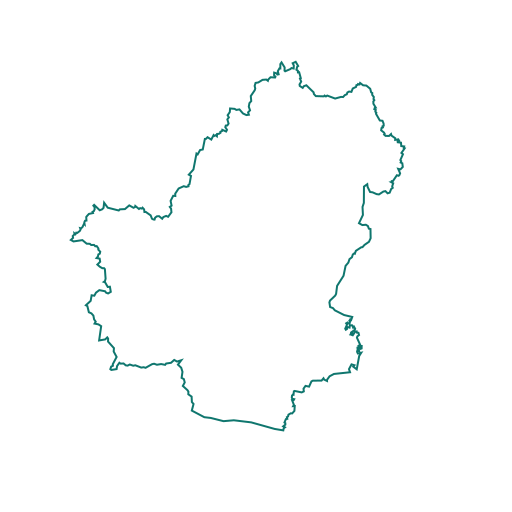 the district of Basilicata, Matera, Italy, rotated 70°
{"feature_id": "23120603B59117294159851", "entity_name": "Basilicata", "entity_type": "district", "adm_level": 2, "iso_a3": "ITA", "parent_name": "Italy", "parent_adm1": "Matera", "projection": "natural_earth1", "projection_center": [16.009, 40.517], "detail": "fine", "context": "isolated", "style": "outline", "palette": "teal", "viewbox_px": 512, "rotation_deg": 70, "n_neighbors": 0, "source": "geoboundaries", "source_scale": "gbopen_adm2", "svg_char_len": 6059}
<svg xmlns="http://www.w3.org/2000/svg" viewBox="0 0 512 512"><g transform="rotate(70 256 256)"><path d="M152.6,390.6L153.1,391.6L154.6,391.0L156.9,391.6L158.4,393.1L158.6,394.5L159.9,394.5L159.3,398.6L160.5,400.9L161.3,402.2L164.7,403.2L164.4,404.6L165.6,405.8L167.5,406.2L166.8,406.5L169.5,409.2L170.2,411.0L169.7,411.7L171.0,411.7L172.2,413.0L173.2,416.1L172.6,416.9L173.8,418.2L172.6,418.9L173.5,419.1L174.6,421.4L176.4,421.7L177.6,424.5L179.9,422.5L181.7,413.7L186.5,410.9L187.7,408.0L189.3,407.1L190.2,404.4L191.9,403.7L192.2,402.3L195.0,401.5L196.1,402.0L198.7,400.9L200.4,402.0L200.6,403.6L202.4,404.7L203.4,406.5L205.0,403.8L208.1,404.4L209.8,408.0L212.7,406.4L214.9,404.6L215.5,402.9L216.7,402.5L225.9,405.1L227.9,406.5L228.3,407.8L229.1,406.8L234.4,405.9L234.9,403.8L240.0,404.7L240.6,407.8L239.2,409.4L237.5,409.9L234.5,414.9L235.7,418.9L238.0,421.5L236.7,423.9L241.6,426.7L244.1,432.7L245.4,431.6L251.7,432.3L253.6,430.3L256.4,429.2L260.2,429.8L262.9,429.1L264.3,430.8L266.4,427.4L269.0,425.5L281.7,432.3L282.8,426.2L281.6,423.6L283.0,423.2L285.8,424.3L294.0,421.0L297.1,422.4L303.2,421.5L308.7,427.6L310.2,428.0L310.4,429.9L312.5,431.6L313.6,430.9L314.6,425.7L311.9,424.2L309.6,420.9L310.8,420.1L311.7,417.2L314.2,415.8L315.1,414.1L314.8,411.7L317.1,408.9L317.4,406.8L321.6,402.0L322.1,399.6L323.3,398.0L322.1,390.7L322.4,388.6L324.3,386.3L325.1,382.1L327.2,378.6L326.3,377.2L327.3,372.4L325.7,368.4L328.2,366.3L328.4,361.9L331.4,366.5L335.4,364.5L339.7,364.7L345.1,367.6L347.0,365.9L350.4,366.2L353.1,369.2L358.6,366.3L360.3,365.9L362.8,366.9L366.1,364.6L371.3,366.2L373.7,365.3L379.3,369.2L389.8,359.7L392.7,353.9L400.1,343.0L402.8,333.0L410.7,317.4L424.9,297.6L429.2,290.0L427.4,288.9L426.9,287.4L425.4,288.7L424.5,286.1L423.1,285.6L422.2,286.2L419.5,283.7L419.7,282.3L418.0,282.1L417.7,280.7L416.2,279.8L415.7,277.1L416.3,275.9L414.7,272.9L410.2,270.9L409.8,272.4L408.8,271.3L403.8,271.4L404.3,269.9L403.6,269.1L402.6,270.7L401.3,270.8L399.5,269.9L398.8,268.7L399.2,268.2L396.1,266.7L396.0,265.9L399.8,259.7L399.6,257.4L396.9,256.7L395.0,253.9L396.9,250.8L392.8,246.8L392.6,245.2L395.5,237.0L394.0,234.4L395.5,234.2L397.7,232.0L396.7,231.7L394.2,228.0L393.5,223.1L397.4,207.4L394.1,207.3L390.5,203.3L392.3,200.9L393.2,202.5L396.9,200.1L385.2,193.2L382.9,190.2L382.5,193.6L380.6,193.8L379.8,193.3L380.6,191.6L379.4,191.5L378.8,192.6L378.4,192.3L378.9,191.2L378.3,190.8L377.1,191.9L376.7,190.5L377.5,189.6L376.0,188.9L375.4,190.0L374.9,188.5L367.3,189.1L366.2,188.3L365.5,186.2L363.2,186.0L362.5,187.4L361.3,187.2L361.1,188.8L363.6,192.2L362.4,193.6L362.0,191.6L361.2,191.8L361.5,193.5L360.4,192.8L359.2,188.5L358.3,187.7L355.9,188.1L356.5,189.2L354.1,189.3L353.1,191.4L355.3,192.6L353.8,194.7L355.7,195.5L356.0,196.8L354.8,197.0L351.6,193.9L350.1,194.3L349.8,192.8L351.0,192.4L351.1,190.9L349.6,190.0L348.8,190.4L347.8,189.1L348.7,188.5L346.2,186.4L341.6,193.4L334.0,200.5L331.3,201.5L329.3,203.8L324.7,202.9L323.2,201.7L320.3,195.1L319.0,193.7L311.8,190.0L304.5,180.5L295.9,175.2L293.8,171.5L290.9,169.2L290.0,166.3L287.7,164.5L287.1,162.7L287.6,162.3L285.3,160.4L283.8,154.1L284.1,152.9L282.7,150.3L281.3,145.0L278.5,142.2L269.8,139.2L268.9,140.6L266.1,140.6L264.2,142.1L263.3,145.5L260.4,148.0L254.0,141.5L246.3,139.1L243.0,136.5L227.7,130.8L226.6,126.9L229.3,127.5L234.9,126.9L236.0,124.7L239.1,121.5L240.2,119.4L239.0,114.3L239.3,112.2L242.1,110.9L242.2,108.7L239.3,106.1L238.7,104.2L237.1,104.2L234.6,102.2L232.8,103.7L232.9,102.9L232.1,102.7L232.4,101.7L228.3,96.0L229.4,94.6L229.1,93.7L227.6,92.3L222.7,92.6L224.0,90.6L222.5,87.6L218.9,86.8L217.6,88.1L216.5,87.1L215.2,87.5L210.6,83.1L208.9,84.1L205.6,79.4L204.9,80.2L203.7,79.3L202.4,81.9L199.1,81.0L197.6,83.9L196.7,83.7L196.6,82.1L195.0,82.4L194.5,85.5L192.9,84.9L189.2,87.5L187.6,87.4L188.7,89.9L187.4,93.2L185.7,94.1L185.2,93.3L183.8,93.5L180.7,95.4L178.7,94.3L178.6,92.8L177.4,92.8L177.2,91.4L175.1,90.8L172.2,90.9L171.0,93.3L163.4,94.6L162.5,93.9L161.2,94.5L159.7,93.5L158.5,94.6L157.5,93.8L157.6,92.7L153.1,93.6L150.9,92.9L150.0,91.5L148.7,91.9L146.9,90.9L144.3,91.7L142.6,91.0L141.6,91.8L137.9,91.5L133.6,94.0L132.2,97.0L129.0,99.0L130.2,100.1L129.3,101.3L130.0,101.9L129.8,103.2L131.3,104.1L131.7,107.8L134.4,110.2L133.3,112.3L133.6,114.2L135.1,115.4L135.2,117.5L136.4,119.8L135.6,121.6L135.1,127.8L129.6,134.2L130.0,135.7L128.7,136.7L129.2,137.6L126.2,145.1L123.6,146.2L121.9,145.9L112.8,150.3L112.8,153.0L114.0,154.6L111.2,156.7L109.6,156.4L107.6,153.9L104.3,154.0L104.2,153.1L98.1,152.6L97.8,153.8L96.2,153.3L94.8,154.3L92.3,152.6L91.9,151.4L87.1,152.3L87.4,155.6L89.9,155.3L92.7,156.5L91.5,158.4L92.1,159.7L92.4,165.4L91.6,165.8L88.6,164.6L82.8,165.8L84.0,167.5L88.1,169.0L87.7,169.8L89.8,172.3L93.0,172.6L92.8,173.9L91.3,174.3L89.9,176.2L92.4,177.2L94.2,176.4L94.8,177.0L93.0,181.2L94.4,184.2L95.4,184.9L93.7,186.0L92.7,189.6L93.7,194.5L93.2,197.2L95.7,199.1L98.3,199.4L99.8,200.5L103.9,206.2L108.8,207.5L110.1,209.9L113.2,211.7L117.1,211.8L118.3,214.3L120.8,214.4L120.3,216.8L117.6,219.5L112.6,221.4L112.0,224.5L110.4,225.8L108.5,229.9L111.8,231.4L114.0,234.5L116.5,234.1L117.8,236.2L122.2,236.5L123.5,238.3L123.1,239.8L124.4,240.8L127.5,240.1L128.8,241.5L125.9,244.5L126.9,245.1L127.1,247.0L128.1,247.3L128.5,249.1L128.0,250.8L130.1,251.8L128.7,252.6L128.9,254.1L127.9,254.5L131.3,258.2L127.8,260.9L128.8,262.9L128.5,264.0L137.7,269.6L137.3,272.3L140.6,276.1L139.4,276.9L153.3,285.2L156.6,291.3L158.5,289.7L165.7,293.9L166.2,295.3L167.4,295.6L167.2,298.0L165.7,300.0L166.1,305.6L169.8,310.6L172.0,311.3L171.1,313.2L175.0,317.4L179.8,318.1L180.4,320.2L182.4,319.6L186.0,320.5L189.1,325.2L187.6,326.7L187.7,329.7L188.9,331.4L185.4,333.5L184.8,335.6L185.5,337.7L187.1,338.9L186.6,339.9L185.4,341.0L181.8,341.1L176.9,344.5L176.5,345.8L173.9,345.2L171.8,346.1L172.4,347.1L171.4,348.5L171.8,349.9L167.7,352.3L168.6,352.9L168.8,354.6L165.1,357.8L167.1,363.1L165.6,368.0L166.3,369.4L159.9,378.8L154.0,380.5L158.6,382.8L159.5,384.6L159.6,387.2L152.6,390.6ZM376.7,187.5L376.2,188.7L379.0,189.2L379.0,188.4L376.7,187.5Z" fill="none" stroke="#0f766e" stroke-width="2"/></g></svg>